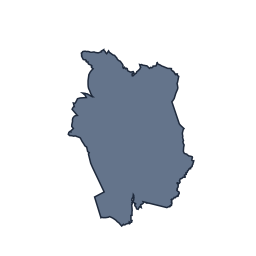 Ahuazotepec, Hidalgo, Mexico (Robinson projection), rotated 148°
{"feature_id": "50627088B25624644630099", "entity_name": "Ahuazotepec", "entity_type": "district", "adm_level": 2, "iso_a3": "MEX", "parent_name": "Mexico", "parent_adm1": "Hidalgo", "projection": "robinson", "projection_center": [-98.14, 20.057], "detail": "fine", "context": "isolated", "style": "filled", "palette": "slate", "viewbox_px": 256, "rotation_deg": 148, "n_neighbors": 0, "source": "geoboundaries", "source_scale": "gbopen_adm2", "svg_char_len": 5700}
<svg xmlns="http://www.w3.org/2000/svg" viewBox="0 0 256 256"><g transform="rotate(148 128 128)"><path d="M93.4,78.9L90.9,82.3L90.6,82.7L90.0,83.1L89.3,84.2L89.4,85.0L88.8,87.2L87.7,87.8L86.7,91.2L86.0,91.8L85.6,92.7L85.1,94.0L84.5,95.0L82.3,97.1L81.8,97.5L80.8,97.8L81.1,98.8L82.0,102.2L82.3,103.9L82.2,104.8L76.9,127.0L75.5,127.4L73.2,128.5L69.2,132.0L65.2,134.8L64.3,135.9L63.3,138.3L62.8,139.8L61.8,140.5L57.6,144.9L58.1,146.0L58.2,146.8L58.2,147.2L57.9,147.5L57.7,147.4L57.5,147.7L58.9,148.6L59.4,147.5L59.5,150.3L59.3,150.4L59.4,151.2L59.4,151.9L59.6,152.3L60.0,152.4L60.4,154.4L59.7,155.4L61.0,156.4L62.7,157.5L65.7,161.7L66.4,162.5L67.3,164.3L67.7,165.0L68.3,165.7L68.6,166.2L68.7,166.7L68.5,167.9L69.0,167.9L69.1,167.6L69.4,167.2L70.0,166.9L70.4,166.4L71.4,165.8L73.9,167.2L74.3,166.7L75.9,166.4L76.5,167.4L78.2,167.2L78.9,170.3L79.1,170.8L79.7,171.2L80.8,172.3L82.2,173.5L82.8,174.6L83.4,174.7L84.0,175.0L84.1,175.3L84.5,175.7L84.9,174.3L85.1,172.7L85.7,172.5L86.8,171.7L87.4,171.5L88.6,171.4L88.9,171.2L89.7,171.1L90.7,171.1L91.6,170.3L92.0,170.2L92.7,170.2L94.8,169.9L95.8,169.6L96.2,169.6L96.7,169.9L96.5,170.5L95.9,171.6L95.5,171.6L95.1,171.5L94.4,171.4L94.1,171.4L93.8,171.6L93.7,171.9L93.7,173.1L94.4,173.4L95.1,173.5L95.5,173.8L96.1,174.0L96.4,174.2L96.7,174.9L97.1,175.4L97.2,175.6L97.5,175.9L97.8,176.6L97.8,177.3L97.3,178.3L97.2,178.7L97.6,179.5L97.9,179.6L98.5,179.4L98.7,179.5L98.8,180.1L98.7,180.9L98.8,181.5L100.2,181.1L100.3,181.5L100.0,182.5L99.6,183.1L99.2,183.4L98.9,184.8L99.1,187.7L99.2,188.8L100.0,189.9L100.3,190.7L100.6,192.1L100.4,193.8L100.7,194.8L100.9,196.7L102.0,197.9L102.4,198.8L102.9,200.2L103.2,200.6L103.2,201.0L103.7,201.7L103.6,203.7L106.7,202.3L107.0,203.6L106.9,205.3L107.4,206.6L107.0,207.3L108.2,207.3L109.9,207.4L110.2,206.7L110.8,207.0L111.7,207.1L113.1,207.4L113.7,207.7L115.8,209.5L116.3,210.3L117.3,210.9L118.4,211.3L119.0,211.7L119.5,212.0L120.0,212.5L120.4,213.2L121.5,214.3L121.9,214.4L122.7,214.8L123.0,215.3L123.8,215.9L125.2,216.6L125.9,216.8L127.0,216.2L127.3,216.1L127.7,216.3L128.1,215.9L128.6,214.4L128.9,214.2L128.9,213.8L129.1,213.7L129.3,213.5L129.5,211.5L129.6,210.7L129.6,209.8L128.8,208.9L128.1,208.6L127.7,207.7L127.6,207.3L127.7,207.0L128.1,207.0L128.2,206.8L128.3,206.6L127.9,205.7L127.0,205.1L127.3,204.8L127.6,203.4L127.5,203.0L126.1,201.0L125.7,199.9L125.9,199.6L126.4,199.6L126.7,199.2L126.8,198.7L126.5,197.5L126.2,196.7L128.4,196.2L130.5,195.4L133.0,193.9L136.8,189.3L138.8,186.1L139.9,184.0L140.5,182.3L140.6,181.0L140.7,180.2L141.4,176.5L141.5,173.9L141.5,173.5L141.3,173.1L141.5,173.2L141.8,173.5L142.0,174.0L142.9,175.4L143.6,177.0L144.4,178.5L145.5,179.4L145.9,180.0L148.0,181.7L147.6,180.7L147.5,180.1L147.1,179.1L147.0,178.4L147.2,175.9L152.6,178.8L155.3,179.6L158.4,177.7L160.0,177.0L161.1,178.2L162.2,174.7L162.5,175.0L164.4,174.2L165.5,173.5L164.3,165.5L165.5,166.1L166.7,166.4L167.3,166.4L169.6,165.6L170.7,164.5L171.6,162.9L173.8,160.7L174.9,159.1L174.6,156.5L178.1,155.8L178.5,155.0L179.3,155.9L180.5,155.6L182.0,154.3L181.5,152.5L179.7,151.2L178.3,149.8L177.2,149.4L176.6,148.9L176.4,148.7L176.1,148.1L174.6,146.3L173.7,144.9L173.7,144.7L174.0,141.3L173.9,136.3L174.1,136.1L173.7,134.7L173.2,134.1L173.2,133.6L174.7,129.4L174.0,127.6L175.3,127.0L178.3,117.9L179.0,113.3L182.1,86.4L192.9,87.2L198.5,66.2L197.6,66.2L196.8,65.3L194.4,63.8L192.1,62.8L190.5,62.6L188.7,59.8L187.2,56.5L186.7,54.1L186.0,52.5L185.3,48.2L183.4,48.6L183.5,48.4L181.9,47.5L180.2,47.6L179.8,47.3L177.8,46.9L177.7,46.1L176.9,46.0L176.8,46.3L177.2,47.0L176.7,47.7L176.5,47.3L174.9,46.2L173.6,47.4L174.4,48.1L171.9,52.3L170.9,51.8L169.8,53.6L168.9,55.0L168.3,55.6L167.1,57.8L165.5,61.1L164.9,61.2L164.3,61.9L164.2,62.6L163.6,62.5L163.2,62.8L163.0,63.4L163.0,63.6L163.1,63.9L163.0,64.1L163.1,64.5L163.1,64.9L162.2,65.6L161.8,66.2L161.3,66.1L160.2,66.9L158.8,68.7L158.8,68.3L158.8,67.8L159.3,67.2L159.7,66.0L160.4,65.2L161.0,64.3L161.7,63.6L162.4,63.3L162.9,62.5L163.0,62.1L162.6,61.7L162.4,61.3L162.4,60.4L161.8,60.2L161.6,59.9L161.8,59.6L162.3,59.8L162.9,59.3L163.3,58.6L163.3,57.7L163.1,57.2L163.2,56.3L163.4,55.6L163.5,54.9L163.4,54.5L162.6,53.9L162.5,53.7L159.8,55.2L158.9,53.5L157.9,56.2L157.0,56.2L156.5,56.0L155.9,56.0L155.3,56.1L154.6,56.3L154.2,56.8L154.2,57.4L151.6,54.8L152.0,54.5L150.2,53.3L137.2,39.9L135.1,39.7L134.9,39.5L134.6,39.3L134.1,39.7L133.9,39.5L133.9,39.2L133.6,39.3L133.4,39.5L133.0,39.5L132.9,39.6L132.6,39.4L132.2,39.3L132.0,39.5L132.1,40.0L131.0,40.4L130.5,41.2L130.6,41.6L130.2,41.9L130.4,42.3L129.3,43.1L129.4,43.7L129.4,44.3L128.7,44.5L128.2,44.1L126.9,43.9L125.6,44.6L124.8,43.8L123.1,44.4L122.8,44.1L121.9,43.6L121.6,43.7L121.5,44.2L121.1,44.2L120.2,45.2L119.5,45.1L118.9,45.9L118.7,46.7L118.8,47.2L119.3,47.8L119.6,49.3L119.3,49.6L118.8,49.7L118.7,50.3L118.4,50.5L118.2,50.8L117.5,51.0L117.4,51.1L116.8,51.4L115.9,52.6L115.8,53.0L115.3,53.6L115.6,54.4L115.7,55.1L115.3,55.5L115.1,55.4L115.0,54.8L114.5,54.6L114.2,54.3L114.1,54.0L114.0,53.9L112.5,54.5L112.4,55.2L112.2,55.6L112.2,56.1L111.4,56.5L111.1,56.9L110.7,57.1L110.4,57.2L109.4,56.7L108.4,56.9L108.2,56.8L107.7,57.1L107.2,56.9L106.8,56.8L106.2,56.3L105.8,56.0L105.6,56.0L105.3,56.5L105.3,57.0L105.2,57.3L105.3,57.7L105.1,58.1L104.7,58.0L103.2,57.8L102.8,58.2L103.0,58.7L102.4,59.4L101.4,59.1L100.9,59.3L100.4,59.8L100.3,60.1L99.3,60.2L98.6,60.5L98.1,60.9L97.7,61.0L97.3,60.9L97.1,60.5L96.7,60.4L96.7,61.0L96.2,61.3L95.7,61.0L95.1,61.4L94.2,61.3L93.6,61.8L93.5,62.1L92.7,62.8L92.3,62.8L91.8,63.4L90.3,64.6L89.6,65.4L90.3,65.7L90.6,66.1L90.9,66.5L90.9,66.9L89.5,68.5L89.1,68.7L88.8,69.4L88.8,69.6L89.6,70.6L91.3,72.2L91.4,72.7L92.0,73.9L92.0,74.7L93.2,75.9L93.6,76.7L93.7,77.2L93.4,78.9Z" fill="#64748b" stroke="#1e293b" stroke-width="1.5"/></g></svg>